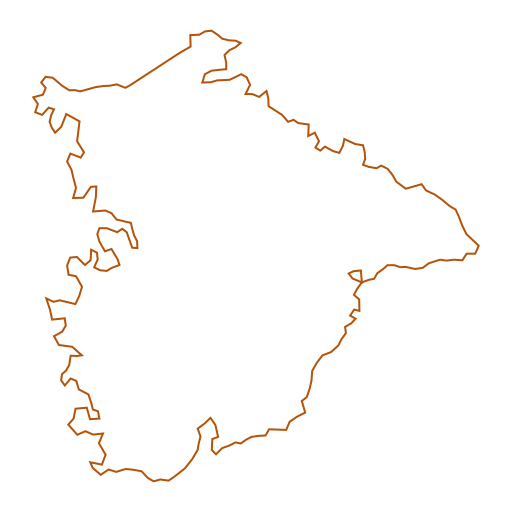 Salto do Lontra, Paraná, Brazil
{"feature_id": "56859067B29109491242959", "entity_name": "Salto do Lontra", "entity_type": "district", "adm_level": 2, "iso_a3": "BRA", "parent_name": "Brazil", "parent_adm1": "Paraná", "projection": "natural_earth1", "projection_center": [-53.296, -25.774], "detail": "fine", "context": "isolated", "style": "outline", "palette": "amber", "viewbox_px": 512, "rotation_deg": 0, "n_neighbors": 0, "source": "geoboundaries", "source_scale": "gbopen_adm2", "svg_char_len": 3275}
<svg xmlns="http://www.w3.org/2000/svg" viewBox="0 0 512 512"><path d="M190.3,35.1L190.6,46.6L180.3,52.5L173.8,56.7L130.0,85.3L125.3,87.8L116.8,84.4L109.8,85.7L102.9,86.1L95.7,87.1L80.1,91.4L74.9,90.1L69.3,90.3L62.1,85.7L52.8,77.8L45.6,76.8L41.2,82.5L45.7,88.0L42.9,94.7L33.3,97.3L37.9,104.0L35.2,112.2L42.1,114.9L48.7,107.6L54.0,109.3L51.2,115.1L49.6,121.8L51.7,127.5L55.1,132.7L61.3,126.7L66.3,114.0L79.5,121.4L77.1,141.3L84.0,152.3L80.7,157.6L70.4,153.6L67.1,161.6L71.5,169.8L73.4,178.1L76.0,187.8L73.2,198.0L83.4,197.7L90.9,186.8L96.3,186.5L95.9,197.0L93.1,211.5L105.4,210.5L111.5,213.2L116.5,219.5L130.9,222.9L132.2,228.8L134.1,235.4L137.1,241.1L137.4,248.1L132.2,247.7L126.7,232.2L122.3,228.8L117.2,232.2L106.8,228.2L99.4,228.2L97.3,234.1L99.4,241.5L104.9,251.3L111.5,249.0L117.6,259.3L119.5,265.0L111.9,267.8L106.8,270.9L100.2,270.3L94.2,267.3L97.7,259.5L97.0,252.7L91.2,249.7L90.6,260.2L85.0,265.0L76.9,257.0L70.2,257.6L67.1,265.6L68.6,274.8L76.0,276.2L82.0,286.8L79.2,296.1L75.4,304.1L59.8,300.3L53.4,301.8L46.3,298.4L50.1,310.0L52.1,319.6L64.7,318.3L65.8,325.5L62.3,331.6L54.0,336.2L58.9,345.0L72.2,346.8L81.8,355.3L76.8,356.0L70.6,355.7L69.2,365.0L66.1,370.5L62.0,374.2L61.1,380.2L64.8,385.5L70.6,378.5L76.3,380.9L78.8,389.4L88.4,394.4L91.4,403.3L92.8,409.4L98.0,411.3L99.4,418.6L90.0,419.2L86.8,407.7L75.5,408.7L73.6,418.6L68.3,424.6L77.3,434.8L85.4,431.2L93.1,434.6L103.0,433.5L98.9,443.2L105.6,454.7L101.9,464.6L90.3,462.3L92.8,468.0L100.7,474.8L108.6,469.5L116.2,471.9L125.5,469.0L133.2,469.7L141.6,471.3L147.8,477.9L153.6,481.3L160.3,479.5L168.6,480.6L174.0,476.9L184.9,468.4L192.3,459.0L197.7,449.8L198.8,443.1L200.5,436.5L197.7,428.6L204.9,423.3L210.4,417.9L215.4,424.9L218.1,436.9L212.3,439.1L211.8,450.0L216.0,454.3L222.2,448.1L229.7,445.4L235.5,442.4L240.7,443.5L245.9,439.8L251.5,436.9L259.2,435.8L265.6,435.5L269.1,429.3L286.2,429.9L289.7,421.7L297.2,416.6L305.2,412.6L301.8,401.0L306.8,397.1L309.8,388.2L311.5,380.5L312.2,370.9L317.0,362.5L322.5,355.3L331.0,352.1L338.4,345.4L341.5,339.2L345.9,333.1L345.1,326.9L351.4,323.2L355.6,318.7L350.1,315.6L354.2,309.6L359.4,310.9L359.2,299.4L353.9,294.8L357.2,288.8L361.8,282.4L369.0,279.8L374.1,278.8L377.3,273.2L383.4,268.8L387.5,265.2L394.4,265.2L400.3,267.2L405.7,266.9L415.3,269.0L422.8,267.8L428.8,263.3L434.6,261.4L440.1,259.7L446.4,260.6L454.1,259.7L462.4,260.3L466.6,253.7L475.2,253.7L478.7,245.7L466.4,234.1L462.2,225.5L458.7,216.2L455.6,209.6L449.9,206.2L442.4,200.0L435.2,194.8L426.0,190.4L421.6,184.2L414.0,186.4L405.8,188.7L396.3,181.7L392.4,174.8L387.6,168.8L381.2,165.6L376.6,168.2L368.8,166.9L363.0,164.8L365.2,158.9L364.7,152.0L363.0,145.3L355.1,144.0L344.3,139.0L343.0,145.6L339.3,152.9L332.8,151.0L325.0,146.6L320.3,150.6L315.4,147.6L319.0,141.3L314.8,132.7L308.2,136.0L308.7,124.5L298.3,123.1L293.6,119.8L288.1,121.8L282.1,114.9L268.6,106.2L268.3,98.3L266.5,91.0L259.2,96.9L252.3,94.1L245.6,94.0L250.1,84.8L246.6,77.2L241.2,74.2L229.7,79.8L217.1,80.4L210.7,82.3L202.3,82.5L204.9,74.2L211.5,70.7L219.5,69.8L226.2,69.2L226.2,62.6L224.5,55.0L229.4,50.2L235.2,47.4L240.7,43.0L235.7,40.7L228.9,40.3L222.2,38.7L218.1,35.1L211.6,30.7L205.1,31.4L199.3,34.7L190.3,35.1ZM361.8,282.4L352.5,278.5L348.7,273.5L353.6,271.2L360.9,270.5L361.8,282.4Z" fill="none" stroke="#b45309" stroke-width="2"/></svg>